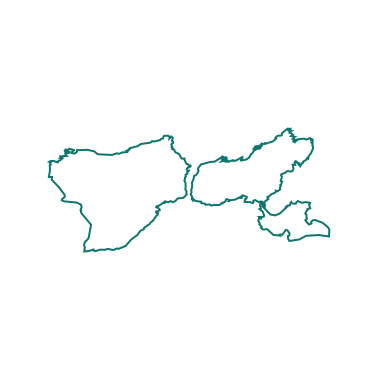 outline of Inderøy nor, Nord-Trøndelag, Norway, rotated 22°
{"feature_id": "86288312B4648926178288", "entity_name": "Inderøy nor", "entity_type": "district", "adm_level": 2, "iso_a3": "NOR", "parent_name": "Norway", "parent_adm1": "Nord-Trøndelag", "projection": "orthographic", "projection_center": [11.117, 63.848], "detail": "fine", "context": "isolated", "style": "outline", "palette": "teal", "viewbox_px": 384, "rotation_deg": 22, "n_neighbors": 0, "source": "geoboundaries", "source_scale": "gbopen_adm2", "svg_char_len": 6089}
<svg xmlns="http://www.w3.org/2000/svg" viewBox="0 0 384 384"><g transform="rotate(22 192 192)"><path d="M114.4,287.5L118.6,285.3L122.2,282.2L122.9,283.2L125.0,282.8L128.0,280.1L133.1,278.1L135.0,276.4L140.9,275.2L143.7,272.4L145.1,272.3L150.6,267.0L153.5,258.7L157.4,252.4L158.6,247.4L161.0,244.8L161.3,244.2L160.9,243.4L164.7,237.5L165.3,235.1L166.4,233.6L168.0,226.9L168.7,226.1L168.5,224.3L166.8,224.7L166.1,223.6L168.9,221.1L168.7,220.4L166.4,219.3L164.6,219.6L164.6,218.5L166.4,217.1L169.4,212.7L170.7,212.5L171.1,211.5L171.1,211.3L170.7,212.3L170.0,212.1L170.2,211.2L170.8,211.4L170.3,211.1L170.5,210.8L173.8,210.4L175.7,208.4L178.0,208.7L179.9,206.7L181.1,203.4L186.1,200.6L187.4,198.2L187.3,197.7L188.0,196.3L187.3,195.7L186.9,193.8L184.7,191.7L184.2,189.6L182.4,185.7L180.6,184.2L180.6,182.5L180.1,181.2L180.5,179.8L179.6,178.4L180.8,176.9L180.1,175.0L180.8,174.6L181.0,173.4L179.8,174.0L178.5,172.8L179.2,170.4L180.4,170.1L181.1,168.4L180.5,168.0L179.6,168.9L178.4,167.8L176.2,168.0L172.4,164.3L172.6,163.0L172.0,164.3L169.6,164.8L165.8,161.6L161.9,161.4L159.3,159.5L157.9,159.6L158.1,159.0L156.6,158.5L157.0,157.6L155.2,156.1L155.1,155.3L156.0,154.0L155.5,153.6L155.8,152.6L154.0,151.7L154.1,150.1L153.8,148.9L151.8,148.3L151.0,150.8L150.5,149.4L149.0,148.7L145.2,150.3L144.9,151.4L145.1,153.2L143.9,153.8L142.7,156.0L137.8,159.5L135.9,159.8L135.1,161.7L126.6,166.7L124.5,169.8L117.9,174.7L117.6,175.6L118.1,176.0L116.2,177.9L117.2,178.0L117.1,179.2L112.4,181.5L110.0,184.0L107.7,184.3L104.0,187.6L91.7,191.9L89.3,192.1L86.4,190.9L79.2,192.1L69.7,196.3L70.3,197.8L68.7,200.4L66.0,200.9L65.8,199.1L67.1,197.5L66.8,197.3L61.9,197.9L60.9,200.2L59.1,199.7L58.5,201.4L59.5,202.2L60.3,200.9L60.7,201.7L63.4,200.5L63.8,201.1L62.4,202.5L59.9,202.7L60.4,203.4L60.1,203.8L61.6,205.0L61.2,205.4L62.1,205.6L55.6,208.7L58.5,208.1L58.7,208.4L58.3,208.7L59.2,209.3L57.8,210.1L58.8,210.2L57.9,212.1L56.7,212.9L56.6,213.9L55.6,214.5L55.9,214.9L52.0,215.0L49.1,216.4L48.3,217.5L49.9,217.4L49.5,218.5L50.8,219.6L50.1,220.5L52.3,225.4L53.7,231.8L56.6,230.5L57.3,233.1L65.9,237.0L74.8,242.2L75.9,244.4L74.2,247.1L74.4,248.5L77.2,248.5L89.0,245.0L93.9,245.3L95.4,247.7L95.3,250.3L96.3,250.8L96.2,251.7L97.1,252.9L110.7,260.2L113.3,272.9L113.1,274.8L111.7,277.8L111.5,279.7L111.8,281.7L113.2,283.2L114.4,287.5ZM285.8,102.2L284.4,101.5L285.1,100.9L285.1,100.2L284.1,98.2L283.2,98.0L282.8,99.4L281.2,97.8L278.2,100.6L276.1,100.5L270.6,103.3L269.6,104.1L270.2,104.3L269.0,105.7L268.6,105.6L269.0,106.0L268.4,106.4L268.6,107.3L267.1,107.2L267.6,105.9L265.5,105.3L266.5,104.1L265.7,103.3L266.5,102.4L263.0,103.0L264.2,101.1L261.7,100.1L260.2,100.6L259.5,99.3L261.1,98.0L259.7,98.1L259.6,96.5L258.4,97.2L259.1,98.1L258.9,98.6L257.9,98.6L258.0,97.6L257.6,97.2L256.8,97.5L253.5,103.6L253.4,104.2L254.0,105.3L253.8,106.1L250.8,107.5L249.4,109.1L249.1,110.6L250.8,111.1L249.8,111.1L248.3,114.5L242.0,119.8L241.4,119.3L240.8,120.5L239.5,120.9L239.1,122.0L238.3,121.4L238.0,123.2L233.5,126.2L233.7,126.6L233.0,128.7L234.5,128.2L237.6,124.7L237.9,123.4L239.1,123.4L238.6,124.7L239.0,125.3L238.3,126.7L236.5,127.1L233.8,130.8L233.5,133.4L232.3,135.2L232.5,136.0L232.0,138.7L230.3,141.4L225.8,144.5L225.4,144.2L226.0,141.5L225.6,140.7L220.6,146.8L219.2,147.0L218.7,147.8L217.8,147.3L214.5,150.3L213.9,149.7L212.4,151.1L212.0,150.5L210.3,151.7L212.3,149.4L211.5,147.8L210.1,149.7L210.5,150.7L207.9,152.5L209.7,148.5L209.4,148.3L210.9,146.5L207.4,149.6L207.4,148.7L207.0,148.6L207.4,147.6L207.1,147.5L201.8,155.2L197.5,157.4L189.9,163.2L188.8,167.6L189.1,168.9L190.1,169.8L190.1,172.0L189.3,175.0L187.8,176.5L188.5,178.5L188.5,183.8L189.4,184.9L190.5,188.8L190.4,190.2L191.7,192.4L191.7,194.6L194.4,197.0L194.8,198.5L194.3,197.7L194.3,198.4L195.1,198.9L194.9,198.5L195.6,198.1L196.1,199.2L197.2,198.5L198.6,199.0L204.2,197.6L204.8,198.8L208.4,198.0L209.5,198.7L213.0,196.9L215.0,197.4L217.1,195.8L222.3,193.8L223.7,191.4L224.6,191.1L224.3,190.5L225.8,189.5L226.5,187.5L226.3,186.5L227.0,185.5L229.3,185.5L229.7,185.7L229.4,186.7L230.1,186.4L230.7,185.2L234.8,182.9L239.2,178.0L239.5,178.9L239.2,179.4L240.1,179.2L240.3,178.9L239.6,177.9L240.0,177.3L239.7,176.8L240.3,176.1L244.6,176.0L245.0,177.7L243.9,178.8L244.5,181.5L249.1,179.7L252.4,179.6L252.9,178.7L252.2,177.1L253.5,175.8L257.3,176.4L259.8,174.8L261.1,174.8L263.0,176.8L263.7,175.6L263.0,174.7L263.2,173.4L265.4,169.9L264.3,169.3L264.5,168.2L264.1,168.0L265.1,167.1L266.3,164.5L269.2,161.5L269.8,160.1L269.3,159.4L271.1,159.3L272.8,156.4L271.9,155.3L272.2,153.9L271.9,153.0L271.2,152.6L271.8,151.6L271.7,148.6L270.2,148.7L269.7,144.3L268.3,143.1L268.2,142.1L271.3,139.2L271.9,137.6L273.1,136.6L276.0,136.1L277.3,134.7L277.3,132.1L275.1,129.1L277.4,128.2L276.1,126.3L276.8,125.0L275.6,124.3L276.9,124.8L276.4,123.7L277.0,124.9L279.0,125.1L279.2,125.9L280.2,125.4L280.4,125.9L280.1,126.5L280.7,125.8L280.9,126.7L281.5,126.3L282.7,127.5L283.2,124.0L284.1,123.2L283.7,122.1L285.7,119.7L285.9,117.5L286.7,116.4L286.8,117.8L287.2,117.8L286.8,115.2L287.8,111.4L287.9,106.4L286.8,104.0L286.0,103.7L285.8,102.2ZM335.7,181.9L333.4,175.3L330.9,173.6L324.6,171.6L316.5,171.9L314.4,173.2L313.7,175.2L314.6,176.4L312.6,178.3L307.7,175.8L307.8,175.0L308.6,174.1L308.3,173.5L306.6,170.2L305.1,169.6L305.5,165.8L306.0,165.0L305.6,164.5L307.7,162.8L305.4,160.1L305.7,157.9L305.3,157.8L301.1,158.8L298.2,160.8L293.5,160.8L292.7,162.4L292.6,164.1L288.4,165.2L288.1,165.1L288.0,164.5L287.8,164.2L287.4,165.3L287.8,167.6L285.5,169.0L284.9,170.2L285.6,170.1L285.0,171.7L281.6,178.8L278.0,182.5L273.0,183.5L263.8,179.3L265.0,178.7L264.8,177.2L262.6,178.2L260.3,176.3L259.6,176.8L260.1,179.0L262.1,181.5L261.0,182.6L265.1,183.9L267.8,186.9L267.7,188.1L264.2,189.7L266.0,190.0L265.9,190.9L264.0,191.3L264.3,191.8L264.1,193.7L266.4,195.6L266.4,196.6L269.4,197.9L269.2,198.4L269.7,198.8L269.4,199.4L272.0,200.2L275.6,198.3L283.6,201.3L289.1,199.7L288.8,199.6L289.5,198.4L291.7,197.9L293.2,192.1L294.7,191.7L297.9,193.7L298.5,196.0L297.5,196.8L297.6,197.5L298.6,199.2L300.7,200.9L309.1,195.9L314.3,189.8L325.7,184.4L335.7,181.9Z" fill="none" stroke="#0f766e" stroke-width="2"/></g></svg>